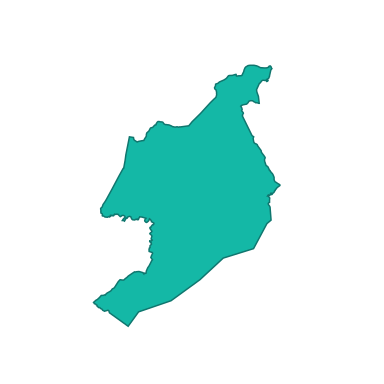 Kwahu South, Eastern, Ghana (Albers equal-area conic projection), rotated 125°
{"feature_id": "2480657B68408124911047", "entity_name": "Kwahu South", "entity_type": "district", "adm_level": 2, "iso_a3": "GHA", "parent_name": "Ghana", "parent_adm1": "Eastern", "projection": "albers", "projection_center": [-0.601, 6.627], "detail": "fine", "context": "isolated", "style": "filled", "palette": "teal", "viewbox_px": 384, "rotation_deg": 125, "n_neighbors": 0, "source": "geoboundaries", "source_scale": "gbopen_adm2", "svg_char_len": 5970}
<svg xmlns="http://www.w3.org/2000/svg" viewBox="0 0 384 384"><g transform="rotate(125 192 192)"><path d="M338.6,167.3L320.8,167.0L293.1,146.8L259.3,135.2L228.2,128.5L203.1,109.1L174.9,112.5L169.7,111.1L159.6,119.4L159.0,120.5L158.5,122.1L157.7,123.0L156.8,123.0L156.1,122.5L154.9,123.3L154.1,123.9L153.4,124.3L152.9,124.5L152.2,125.1L152.0,125.5L151.9,126.5L151.7,126.9L151.7,127.2L152.0,127.8L151.8,127.8L151.0,127.9L150.5,127.6L150.6,127.0L150.3,126.6L149.9,126.3L149.5,126.3L148.8,126.7L147.7,126.7L147.5,126.4L147.4,126.1L147.6,126.0L148.4,125.4L148.4,125.2L147.7,125.0L146.6,125.1L145.6,124.7L144.6,124.7L143.9,125.0L143.6,125.0L143.2,124.7L142.5,125.0L141.8,124.8L140.9,124.9L139.3,124.7L136.3,123.7L135.8,124.0L135.7,124.6L135.8,124.9L135.7,125.5L135.8,125.8L135.9,127.1L135.8,128.2L135.9,128.8L136.0,129.6L135.6,130.7L135.5,130.9L134.8,131.7L134.6,132.1L133.5,132.7L132.8,133.3L131.5,135.3L130.7,137.0L130.7,138.2L130.3,138.7L130.2,139.7L129.6,140.4L129.7,141.3L129.3,141.7L128.0,143.9L127.8,144.5L127.8,145.2L127.7,145.7L127.9,146.3L127.6,146.8L125.1,150.2L123.5,151.4L122.2,151.6L121.7,152.0L120.7,154.6L120.6,155.1L119.8,157.4L119.7,157.9L119.0,158.5L118.4,159.2L116.6,164.5L116.0,165.4L115.8,165.9L115.8,167.0L116.1,167.8L116.0,169.5L115.3,170.4L113.0,172.7L111.4,173.1L111.4,175.0L111.2,175.5L100.9,194.2L100.5,194.3L100.1,194.8L99.9,194.9L98.3,195.0L98.0,195.1L97.6,195.7L97.0,198.0L96.6,198.1L95.9,198.1L95.6,198.3L94.7,199.3L94.2,200.1L93.8,201.3L92.5,201.0L91.2,200.1L88.6,197.6L87.8,197.6L86.9,197.3L85.1,197.4L84.8,197.3L83.6,196.4L82.5,194.7L82.6,193.3L82.4,192.4L82.3,190.8L81.7,190.2L81.3,189.1L81.2,188.4L80.8,187.8L75.6,192.4L72.9,196.2L71.2,197.8L64.4,199.1L63.6,198.7L60.7,198.6L59.8,198.0L59.3,197.3L58.8,196.1L58.1,195.7L57.7,195.1L57.7,194.8L58.3,194.7L58.6,194.4L58.6,194.1L57.9,193.7L57.3,193.6L57.1,193.6L56.9,194.0L56.9,195.0L56.7,195.2L55.5,194.6L54.9,194.4L52.7,194.9L52.0,195.3L47.1,197.3L46.6,197.4L45.1,197.3L44.8,198.1L44.0,199.2L43.9,199.8L43.8,200.0L44.3,200.7L44.8,201.0L45.5,201.0L45.8,200.8L47.5,202.0L48.9,203.9L50.9,207.3L51.3,210.3L51.7,211.7L52.6,213.8L54.5,216.6L55.3,217.6L56.1,218.4L56.3,218.6L58.8,219.7L60.0,219.8L62.2,219.3L63.7,218.7L64.9,218.5L68.0,218.0L68.6,218.5L70.2,220.6L71.4,221.8L71.4,222.4L70.4,223.3L70.7,223.8L73.4,225.9L75.1,228.2L75.7,228.7L76.6,228.9L77.7,228.9L79.0,229.0L80.3,229.4L82.1,230.2L85.7,232.4L86.6,232.8L87.8,233.0L88.5,233.4L90.1,234.5L91.8,233.6L93.6,233.4L94.4,232.6L94.7,230.7L96.3,229.0L97.5,228.2L98.3,227.5L100.8,226.7L103.4,227.3L108.3,228.2L122.9,230.1L134.3,232.2L139.6,232.6L145.6,239.1L146.0,239.8L146.7,240.2L147.0,241.4L147.3,241.8L148.4,242.9L148.7,243.3L149.2,244.6L149.6,245.4L149.7,246.8L150.3,249.5L150.7,250.0L151.6,251.9L152.1,252.5L152.2,253.3L152.2,254.2L151.6,255.8L151.7,256.3L151.8,256.7L152.7,258.2L153.0,259.1L153.7,260.2L154.5,260.5L156.1,260.5L156.9,260.4L157.4,260.0L157.8,260.1L158.3,260.7L158.7,260.9L161.7,261.3L162.8,262.3L163.2,262.6L163.8,262.7L166.7,262.3L169.5,262.9L170.0,262.8L171.4,262.2L172.5,261.4L175.8,261.3L177.4,261.0L178.8,262.5L181.3,264.9L182.5,265.6L182.6,268.7L182.4,269.7L180.9,271.2L182.7,274.9L199.5,267.5L204.7,264.8L211.7,261.6L212.1,261.9L220.7,261.0L235.3,259.2L247.0,257.9L249.9,257.7L253.3,257.7L255.7,257.0L257.7,257.4L258.2,257.2L259.9,255.6L260.5,255.4L261.5,254.4L261.4,253.0L261.8,252.5L262.9,251.9L263.0,251.6L262.9,251.4L262.4,250.7L262.4,248.9L261.8,248.0L261.3,246.9L259.9,246.1L259.8,245.8L259.9,245.4L259.6,245.1L258.8,245.0L258.7,244.9L258.2,245.4L258.0,245.1L257.9,244.9L257.6,245.1L257.3,244.6L257.3,244.3L257.0,244.0L257.1,243.9L256.8,243.3L256.9,243.1L256.7,242.8L256.3,242.6L255.8,242.8L255.5,242.6L254.9,242.8L254.6,242.7L254.7,242.2L253.8,241.6L253.2,240.8L253.3,240.6L252.7,239.8L253.1,238.0L253.3,236.6L252.4,236.1L252.1,236.1L251.5,235.9L250.7,235.1L250.4,234.5L250.4,233.1L250.9,232.5L252.1,232.5L252.5,232.7L253.3,232.8L255.3,232.7L254.6,231.5L254.6,230.6L251.0,230.9L250.8,230.8L250.8,230.3L250.6,230.1L249.0,230.2L247.7,229.1L247.4,227.9L248.2,226.8L248.3,226.4L248.8,225.5L248.8,224.7L247.8,222.9L247.3,222.8L247.1,222.5L246.6,222.4L245.9,221.6L246.0,221.6L246.2,221.3L245.9,220.6L245.4,220.1L244.9,220.2L243.8,220.5L243.2,220.5L242.9,220.4L242.3,220.6L241.2,218.5L239.9,214.6L240.5,214.7L241.4,214.7L242.5,214.4L243.0,213.8L243.2,212.7L243.1,211.9L242.5,211.5L241.5,211.2L240.1,211.0L238.4,211.5L238.4,210.3L239.1,208.4L239.6,208.2L239.3,205.5L239.8,205.0L240.0,204.9L240.5,205.1L241.1,205.0L241.3,205.4L241.7,205.6L244.0,205.7L244.4,205.5L244.8,205.9L245.0,206.0L245.2,205.7L245.7,205.8L246.2,205.0L247.1,202.4L247.7,202.2L248.3,202.3L248.6,202.3L249.5,202.7L250.4,202.6L250.7,200.3L250.9,199.9L251.2,199.5L253.8,198.6L254.1,198.2L254.1,197.4L254.2,197.0L254.5,197.0L255.5,197.3L255.8,197.8L256.2,198.6L256.8,198.3L256.9,198.1L257.1,197.0L256.9,196.5L257.3,196.4L257.5,195.7L258.2,195.2L259.9,195.6L260.4,195.4L261.6,194.4L262.3,194.8L263.8,194.2L265.3,193.0L264.8,191.3L264.4,190.0L264.4,189.7L264.8,189.1L267.7,188.6L267.9,188.4L268.4,188.4L269.2,188.2L269.4,187.8L270.2,185.5L271.6,185.6L274.1,185.2L277.1,184.8L279.4,184.8L282.9,184.1L284.8,183.1L285.2,183.2L285.8,184.6L286.7,184.4L286.2,186.0L287.5,189.8L289.0,191.6L290.1,192.6L290.4,193.3L293.7,194.6L297.4,196.0L299.2,196.3L301.3,197.0L303.3,197.4L304.1,198.6L305.1,200.6L307.6,201.0L314.5,200.7L315.4,200.8L317.2,201.7L319.2,201.7L320.4,202.1L323.5,203.6L324.6,203.9L326.2,204.0L326.4,204.6L327.5,205.3L328.4,206.5L328.7,206.9L328.8,207.0L331.9,207.3L332.7,207.6L334.2,207.8L335.7,208.6L338.8,209.3L338.8,208.8L339.1,208.5L339.3,208.4L339.5,207.9L339.1,206.7L339.1,206.3L339.4,205.7L339.2,205.1L339.5,204.7L339.6,204.3L340.0,204.1L340.0,203.5L340.2,202.2L340.1,201.9L339.6,201.2L339.6,200.9L339.9,200.0L339.9,199.8L339.7,199.2L339.6,198.8L339.9,197.8L340.1,197.3L339.8,195.2L339.2,194.8L337.2,193.1L337.0,192.8L337.0,192.4L337.2,191.6L337.8,191.0L338.3,190.3L338.6,167.3Z" fill="#14b8a6" stroke="#0f766e" stroke-width="1.5"/></g></svg>